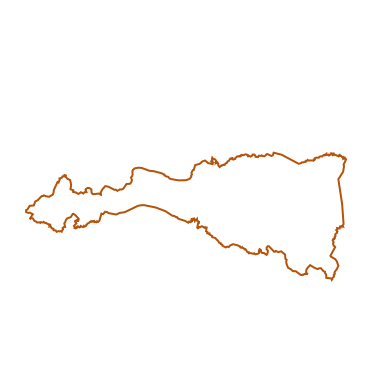 Bueng Sam Phan, Phetchabun, Thailand (Mercator projection), rotated 192°
{"feature_id": "78962969B41287674230376", "entity_name": "Bueng Sam Phan", "entity_type": "district", "adm_level": 2, "iso_a3": "THA", "parent_name": "Thailand", "parent_adm1": "Phetchabun", "projection": "mercator", "projection_center": [101.036, 15.826], "detail": "fine", "context": "isolated", "style": "outline", "palette": "amber", "viewbox_px": 384, "rotation_deg": 192, "n_neighbors": 0, "source": "geoboundaries", "source_scale": "gbopen_adm2", "svg_char_len": 6021}
<svg xmlns="http://www.w3.org/2000/svg" viewBox="0 0 384 384"><g transform="rotate(192 192 192)"><path d="M344.9,132.7L344.5,132.2L343.6,133.1L342.3,133.2L340.0,130.9L338.1,130.6L337.1,129.9L335.4,130.5L333.9,130.3L333.9,131.0L331.3,131.2L330.9,131.9L329.3,131.1L328.3,131.5L326.8,130.7L325.0,130.7L324.9,130.1L324.1,130.2L324.2,129.4L323.8,129.8L323.7,128.8L323.0,129.0L322.4,127.9L321.1,127.2L320.1,127.3L320.2,126.8L319.4,125.8L317.4,126.1L316.2,124.9L314.4,126.0L313.3,125.9L311.9,126.6L311.2,126.2L311.1,127.5L310.4,128.5L310.5,129.5L311.0,129.9L309.8,131.4L308.9,131.5L310.4,134.9L309.8,135.9L309.5,138.5L308.6,140.3L305.4,142.2L304.1,145.7L303.4,146.0L301.3,145.1L297.2,142.2L297.2,141.5L297.6,141.7L298.0,141.2L297.6,139.9L298.1,139.8L298.9,140.5L300.3,139.3L300.2,138.7L298.6,137.3L300.4,134.2L299.1,132.9L299.3,132.4L298.3,132.2L297.7,132.5L297.6,133.6L296.7,133.6L296.4,134.7L294.6,134.0L293.6,134.8L293.7,135.6L291.3,135.0L290.5,135.5L290.5,136.3L289.9,136.0L288.8,136.6L288.7,137.6L288.2,137.9L287.7,139.4L286.7,139.9L285.5,141.7L284.6,141.7L284.5,142.5L283.2,142.4L283.2,142.8L281.7,143.3L281.5,142.4L281.0,142.2L280.0,142.8L279.1,142.6L278.8,143.6L277.6,143.2L276.6,144.7L276.1,152.0L274.4,151.8L272.8,154.7L271.2,154.8L269.1,154.0L261.4,154.2L258.4,156.5L253.7,158.2L241.9,167.3L238.9,168.5L235.7,169.2L224.1,169.3L213.9,167.7L206.2,164.7L204.6,164.9L202.0,164.0L201.5,164.3L199.7,163.0L192.7,162.3L189.3,161.2L188.7,162.5L187.5,162.1L187.0,163.2L186.3,162.9L185.9,163.3L186.0,163.9L186.7,164.0L186.8,165.5L185.5,166.1L184.9,165.4L184.3,166.2L183.2,164.3L182.7,165.8L181.8,165.9L181.5,166.5L181.1,165.0L178.9,164.3L178.8,163.2L179.5,163.0L179.5,158.5L178.8,157.7L178.2,158.1L177.8,159.2L176.9,159.2L175.2,160.6L172.1,159.6L171.8,160.3L170.3,160.3L170.1,156.5L168.5,156.0L168.5,154.8L166.3,155.1L166.3,154.2L163.2,153.2L162.9,152.1L159.7,151.8L155.8,149.2L155.1,148.1L153.3,147.9L153.0,147.0L151.4,146.7L151.1,145.8L147.4,144.8L146.2,145.9L144.6,145.8L143.8,147.4L141.2,149.4L136.7,149.4L133.7,148.7L133.3,147.9L132.5,147.7L131.8,148.3L131.7,147.9L129.8,147.8L128.7,146.8L128.0,147.3L127.2,146.7L125.5,144.9L124.0,144.9L123.7,143.9L122.2,144.4L119.2,144.3L118.3,145.0L117.2,144.2L114.7,145.3L113.6,146.5L114.4,148.2L114.0,150.1L112.6,149.6L112.1,148.0L110.6,146.9L109.0,147.3L106.1,146.0L105.7,146.3L105.3,149.0L105.7,150.5L107.1,151.4L107.4,153.3L106.7,154.7L105.5,154.9L99.1,150.6L98.6,150.7L97.7,151.8L95.1,151.1L92.4,152.5L88.0,150.2L86.7,146.0L85.3,145.3L85.4,143.5L84.5,141.2L82.2,137.8L79.2,137.0L76.9,135.6L74.1,136.1L68.4,133.5L67.2,133.6L66.3,134.4L65.8,134.2L64.6,135.4L63.6,135.3L63.1,135.9L62.4,135.8L62.3,136.2L63.3,136.5L63.7,137.3L64.0,139.6L63.0,142.2L61.2,145.0L56.0,143.2L53.0,142.7L52.0,143.7L50.2,144.3L46.8,141.8L45.3,141.6L44.8,140.1L43.6,139.2L42.8,136.0L38.4,136.3L37.3,136.0L37.0,135.2L36.6,135.9L36.8,137.0L35.6,138.7L36.1,140.2L35.4,140.9L35.4,142.1L35.9,142.4L35.7,143.8L34.4,146.4L33.5,150.2L35.9,154.3L38.0,156.1L42.8,157.7L43.3,158.5L40.5,168.0L42.4,169.1L43.4,171.2L43.0,171.9L43.3,172.8L44.3,173.8L44.1,175.3L43.1,175.5L42.7,176.5L43.1,176.8L42.8,177.5L43.1,177.9L42.5,178.9L43.0,179.7L42.9,180.8L41.6,182.3L41.9,183.1L41.6,183.7L43.0,184.8L42.0,185.9L42.5,186.9L39.9,187.1L40.1,189.0L38.6,189.8L38.1,189.2L37.9,189.8L37.3,189.7L37.7,190.2L37.1,192.2L42.6,211.3L51.5,234.9L48.4,243.2L48.6,248.6L49.4,250.3L48.1,255.9L48.9,256.6L49.5,256.4L49.6,256.9L50.3,256.3L50.9,257.4L51.3,256.6L51.6,257.4L52.4,257.4L53.5,258.3L54.2,258.2L55.3,259.1L55.9,258.4L55.6,257.7L56.1,257.3L59.4,258.2L60.5,258.0L61.0,258.6L61.1,257.9L61.6,258.2L62.1,257.6L62.8,258.8L63.8,258.8L63.5,257.8L64.9,257.2L65.1,256.7L65.5,256.9L66.0,256.3L66.9,256.9L68.9,255.8L68.9,256.8L69.8,255.7L70.5,255.8L71.5,254.8L71.9,253.9L73.6,253.6L74.8,252.9L75.0,252.0L78.1,251.2L78.8,250.7L79.0,250.0L78.7,249.5L79.2,249.3L78.9,248.9L79.7,247.8L80.5,248.0L84.6,247.0L85.5,247.4L85.9,246.6L86.9,246.3L86.8,245.5L87.4,245.0L87.8,245.2L89.4,244.0L90.6,243.9L91.4,242.8L93.6,241.8L112.1,247.1L120.3,247.4L120.6,244.7L121.8,243.8L126.5,244.8L128.5,242.1L130.2,241.8L131.6,242.3L132.1,241.7L134.3,241.3L134.6,239.9L137.1,239.6L137.7,240.9L139.0,241.6L140.5,241.2L140.5,240.3L142.1,238.8L143.1,239.1L144.5,238.6L144.8,239.5L145.3,239.3L145.7,239.9L147.5,240.0L149.3,238.7L150.9,238.7L151.3,237.8L151.9,238.0L152.5,236.7L153.3,237.0L153.8,236.4L155.1,236.3L157.0,233.7L156.8,233.3L158.3,232.3L159.9,232.6L159.8,233.5L161.4,232.8L162.6,229.9L163.6,229.3L163.9,227.8L165.2,226.8L165.4,225.9L166.2,225.6L166.1,225.2L168.5,224.3L168.5,223.8L169.2,223.6L170.1,222.1L171.7,223.3L172.2,225.1L173.2,225.3L173.2,225.9L174.1,225.8L174.8,225.1L174.9,226.6L174.3,227.0L176.1,228.6L178.0,229.1L178.6,228.8L179.3,229.6L179.4,228.4L178.6,227.4L179.5,226.2L178.1,225.6L178.8,225.4L179.1,224.3L177.7,224.6L177.6,223.6L182.2,223.6L185.8,225.5L188.3,224.0L190.2,221.3L194.5,218.9L194.9,213.9L195.8,213.5L196.5,210.7L195.7,209.0L196.2,208.0L195.9,206.8L197.0,204.4L200.3,202.3L207.5,200.6L215.5,200.3L216.9,200.6L218.4,201.9L220.6,201.9L222.5,202.6L222.6,203.3L225.6,204.0L233.6,204.4L238.2,203.9L246.3,205.1L249.2,204.7L252.8,203.3L254.5,201.2L254.5,199.3L253.7,196.8L253.9,195.0L254.7,193.5L253.2,191.2L253.5,188.6L254.4,187.1L257.7,186.2L259.8,181.1L261.1,179.9L263.2,179.5L265.2,177.6L267.0,178.4L268.3,178.0L274.9,179.8L278.1,179.7L280.2,176.0L281.2,172.6L280.5,170.4L282.9,171.1L287.8,169.4L289.0,169.5L290.1,170.5L291.0,173.7L293.1,174.5L294.9,174.3L296.5,172.9L296.6,172.1L295.2,169.9L297.1,169.5L298.0,167.9L300.6,168.7L302.6,166.5L306.1,167.5L308.1,167.2L308.5,167.4L308.4,169.0L311.4,169.4L311.7,173.8L313.7,178.4L316.6,179.0L318.8,180.7L318.8,181.9L320.3,182.1L320.3,180.6L321.9,180.4L322.4,178.8L324.4,177.7L323.9,177.1L324.5,173.5L325.6,173.8L327.6,165.0L327.3,162.9L327.6,160.5L330.9,157.6L334.3,157.5L336.2,157.9L336.9,157.1L338.3,156.6L341.3,151.8L343.4,150.1L343.9,146.0L347.9,144.7L349.4,140.6L350.5,139.8L350.1,137.9L347.8,137.5L346.4,138.1L343.0,137.1L344.9,132.7Z" fill="none" stroke="#b45309" stroke-width="2"/></g></svg>